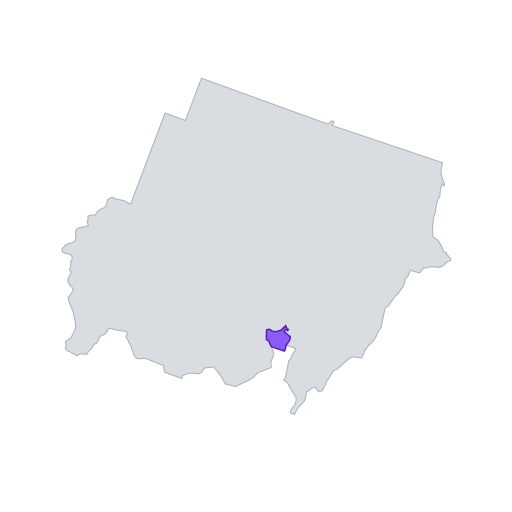 As Salam / Ar Rawat, White Nile, Sudan (highlighted), rotated 19°
{"feature_id": "16777658B2941917788931", "entity_name": "As Salam / Ar Rawat", "entity_type": "district", "adm_level": 2, "iso_a3": "SDN", "parent_name": "Sudan", "parent_adm1": "White Nile", "projection": "albers", "projection_center": [32.362, 12.482], "detail": "fine", "context": "in_parent", "style": "filled", "palette": "violet", "viewbox_px": 512, "rotation_deg": 19, "n_neighbors": 0, "source": "geoboundaries", "source_scale": "gbopen_adm2", "svg_char_len": 4874}
<svg xmlns="http://www.w3.org/2000/svg" viewBox="0 0 512 512"><g transform="rotate(19 256 256)"><path d="M343.9,393.3L339.7,393.3L339.3,392.3L339.3,389.6L339.8,387.5L341.3,384.2L340.9,382.4L341.1,379.8L340.0,376.9L329.9,368.5L327.9,366.2L322.5,364.1L323.4,361.7L321.1,344.4L322.2,342.4L322.5,339.4L322.5,336.8L323.8,332.3L323.9,330.5L313.2,330.4L313.1,332.3L313.6,334.4L313.6,335.2L298.7,335.3L304.7,342.1L304.9,345.0L304.6,348.8L304.7,351.1L305.0,352.7L306.6,355.7L306.5,356.3L306.1,357.0L295.5,366.0L293.8,370.2L292.4,372.4L289.3,376.1L279.5,385.7L278.0,386.3L270.6,386.6L269.8,386.9L269.3,387.3L268.9,387.2L262.7,381.5L252.1,374.6L245.0,378.1L243.1,379.4L243.0,382.6L242.0,384.3L240.0,386.1L234.8,387.2L232.1,388.2L228.9,389.9L225.6,393.0L225.4,394.6L225.7,396.0L207.7,395.7L206.6,394.5L204.1,389.4L202.2,389.7L185.9,388.8L183.5,389.3L178.8,391.3L176.4,391.6L174.0,390.6L165.6,380.3L163.8,379.1L161.9,376.6L160.1,375.5L159.5,374.8L159.3,373.7L159.4,371.5L158.9,370.1L157.5,369.7L145.9,371.8L144.3,371.5L141.8,371.8L141.0,372.2L140.0,373.5L139.7,376.2L139.4,377.6L138.5,379.1L135.1,382.4L134.3,383.9L134.4,387.6L134.1,389.5L133.6,390.4L132.1,391.8L131.5,392.6L130.8,397.4L128.9,400.2L128.5,401.2L128.3,403.3L128.0,404.0L122.7,405.5L120.7,406.5L119.5,408.1L119.2,408.7L116.9,408.1L114.1,407.6L108.6,406.9L106.5,406.1L105.5,404.9L105.9,402.0L105.4,401.3L104.5,400.8L103.9,399.5L104.1,398.0L107.1,394.7L107.8,393.0L108.8,384.6L108.7,382.0L106.6,377.2L101.6,368.8L100.4,367.2L94.1,360.2L93.3,359.2L91.9,356.3L93.8,350.2L94.0,348.5L93.6,346.7L92.0,345.3L90.5,345.1L88.7,343.3L87.4,342.5L86.4,341.0L85.7,339.0L86.5,331.6L86.2,330.7L84.5,330.3L84.1,329.8L84.3,328.4L83.5,324.2L82.6,320.7L83.3,318.8L82.0,316.1L79.4,314.9L74.1,315.6L72.5,315.4L71.4,314.8L70.7,313.9L70.3,312.7L70.8,311.0L72.4,308.0L74.3,305.5L78.1,303.3L79.2,302.1L79.8,300.8L79.9,299.2L79.8,297.5L79.4,296.0L78.4,293.9L77.5,291.5L77.5,289.9L78.0,288.8L79.1,287.4L82.9,284.9L86.7,282.8L87.4,282.0L87.2,281.0L85.5,279.1L85.1,275.5L84.2,273.0L86.2,271.2L87.7,270.6L89.9,270.1L90.8,269.3L91.1,267.8L91.1,266.4L91.9,265.3L93.1,263.1L94.0,262.1L96.9,259.5L97.6,257.8L97.9,256.1L97.3,251.0L99.0,249.0L101.2,247.3L104.2,247.5L109.0,247.3L112.2,246.7L114.5,246.8L119.7,247.9L120.3,247.5L120.6,246.2L123.5,150.3L144.9,150.9L145.2,150.8L146.5,105.7L280.4,107.9L281.5,107.8L283.6,103.6L284.5,103.3L285.9,103.5L286.4,104.5L285.2,107.9L402.2,107.1L402.5,112.2L403.5,116.3L406.9,122.2L409.8,125.3L410.9,127.0L411.0,127.8L410.9,128.6L410.0,127.7L408.5,127.1L408.4,129.9L409.2,135.5L410.4,139.5L409.6,143.2L409.9,149.4L411.5,156.8L411.3,161.6L413.9,172.6L416.4,178.8L417.8,180.3L419.3,181.0L422.1,181.5L426.4,184.6L429.8,187.8L431.0,189.5L432.6,191.4L433.7,191.0L434.4,190.5L435.5,192.0L440.9,195.2L441.7,196.8L439.8,198.3L437.7,201.0L436.7,203.4L436.1,204.2L434.4,205.8L434.1,206.5L433.4,207.0L432.5,207.0L430.8,207.9L429.1,207.7L427.5,208.2L426.9,208.8L425.6,209.3L423.9,209.6L421.1,211.7L418.8,212.8L418.0,213.6L416.8,217.7L415.9,218.8L412.3,219.0L410.6,219.3L408.2,218.9L407.1,219.0L406.8,219.9L406.4,223.4L406.5,224.9L404.6,229.0L405.3,236.4L403.5,242.1L403.2,243.4L401.3,247.9L400.4,249.5L398.0,257.9L397.1,260.5L395.0,263.2L397.5,283.1L395.8,289.3L395.9,292.6L394.7,297.6L393.8,299.9L392.2,302.7L390.9,305.8L389.8,309.9L389.1,317.6L388.7,318.3L382.3,319.3L380.3,319.9L379.0,320.7L377.4,322.7L374.2,328.2L372.5,331.5L369.8,336.1L366.7,339.3L366.1,340.9L365.6,343.8L364.5,348.4L363.5,351.7L363.7,354.3L362.7,358.9L362.9,361.1L361.8,362.4L360.3,363.6L359.3,363.9L354.8,360.8L351.7,363.0L349.7,366.0L348.2,368.9L349.2,375.3L349.1,376.6L348.7,378.2L345.7,384.4L344.9,387.2L344.0,392.2L343.9,393.3Z" fill="#d9dde1" stroke="#a8b0b8" stroke-width="1"/><path d="M300.0,336.7L302.1,336.7L302.4,336.7L302.6,336.7L302.8,336.7L303.0,336.7L304.4,336.7L307.7,336.7L313.7,336.7L313.8,336.6L313.9,336.4L313.9,336.2L313.9,335.8L314.0,335.4L314.1,335.2L314.0,334.8L314.0,334.7L313.9,334.5L313.9,334.1L314.0,333.9L313.9,333.5L313.9,333.0L313.7,332.5L313.6,332.0L313.6,331.6L313.7,331.3L313.8,330.9L313.6,330.6L313.6,330.3L313.5,330.2L313.8,330.1L314.1,328.4L314.5,327.5L314.8,325.9L315.1,325.0L315.1,324.8L315.2,323.9L315.1,322.8L314.7,322.0L314.8,321.5L314.6,320.9L314.1,320.9L313.3,320.8L312.6,320.5L309.8,319.3L308.9,319.0L307.9,318.8L307.5,318.7L307.6,318.3L307.3,317.6L307.9,316.5L309.1,315.7L310.0,316.3L310.6,315.0L309.0,314.6L308.0,313.4L307.2,312.6L306.6,312.2L306.4,313.3L306.5,313.8L306.1,314.5L305.6,314.3L305.5,314.7L304.5,316.7L303.6,318.1L299.1,321.3L298.7,321.3L295.6,321.8L293.9,321.1L292.2,321.0L291.2,321.6L290.3,322.1L290.2,322.2L290.2,322.4L290.2,322.8L290.4,323.6L290.6,324.1L290.9,325.0L291.1,325.8L291.4,326.6L291.9,328.4L292.7,330.3L292.8,330.7L293.1,331.8L295.1,331.7L297.2,334.0L299.1,335.8L299.3,336.0L299.5,336.2L299.7,336.5L299.8,336.5L300.0,336.7Z" fill="#8b5cf6" stroke="#5b21b6" stroke-width="1.5"/></g></svg>